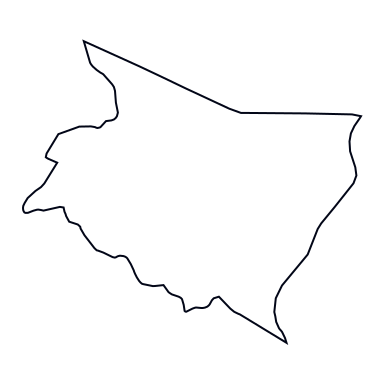 outline of Cartago
{"feature_id": "CRI-1327", "entity_name": "Cartago", "entity_type": "Province", "adm_level": 1, "iso_a3": "CRI", "parent_name": "Costa Rica", "parent_adm1": "", "projection": "albers", "projection_center": [-83.788, 9.802], "detail": "fine", "context": "isolated", "style": "outline", "palette": "ink", "viewbox_px": 384, "rotation_deg": 0, "n_neighbors": 0, "source": "natural_earth", "source_scale": "10m", "svg_char_len": 1861}
<svg xmlns="http://www.w3.org/2000/svg" viewBox="0 0 384 384"><path d="M97.3,128.0L99.0,127.7L100.4,127.2L106.0,121.1L111.4,120.4L113.9,119.5L115.6,118.1L116.9,116.3L117.9,112.6L115.9,102.6L115.0,90.9L113.9,87.0L112.2,84.4L103.3,74.3L102.4,73.7L100.4,72.6L96.6,69.9L92.8,66.5L91.1,64.4L90.1,62.7L83.8,41.2L139.5,66.4L159.0,75.6L185.7,88.4L229.3,108.7L240.9,112.9L305.0,113.4L352.0,114.4L361.0,116.2L359.9,118.0L354.4,126.0L350.9,133.4L349.5,141.4L350.1,151.3L355.3,167.3L356.4,175.5L353.5,183.3L334.6,207.1L321.2,223.4L317.7,229.0L307.7,254.5L282.0,285.5L275.8,298.2L274.3,312.0L275.3,316.3L276.2,321.9L278.9,328.0L279.7,329.2L281.1,330.7L282.1,332.0L285.0,338.0L286.5,342.8L239.7,314.3L238.5,313.9L234.2,311.8L230.3,308.6L218.9,296.7L213.7,298.3L211.9,300.3L209.7,304.3L209.0,305.2L208.2,305.9L207.4,306.6L206.4,307.0L205.3,307.5L204.0,307.8L202.7,308.0L201.2,308.0L196.0,307.5L194.7,307.8L192.5,308.6L186.3,311.7L185.4,311.6L184.6,310.9L183.7,304.9L182.3,300.1L181.9,299.0L180.7,297.8L178.7,296.7L171.9,294.4L169.7,293.0L168.5,292.1L163.5,285.1L155.0,286.0L152.9,286.1L143.1,284.1L141.9,283.7L140.5,282.5L139.1,280.9L136.8,277.3L135.0,273.7L134.1,271.6L133.8,270.5L130.8,264.1L127.4,258.5L126.7,257.7L125.4,256.8L123.6,256.1L120.0,255.7L118.2,256.1L116.9,256.7L115.9,257.3L114.8,257.6L112.6,257.1L103.4,252.6L98.0,250.6L96.7,250.3L94.4,248.1L84.5,235.3L80.6,228.6L80.4,227.7L80.2,226.7L77.8,224.5L69.2,221.7L66.2,216.2L65.5,213.9L64.5,211.7L63.6,207.5L59.9,206.9L43.5,210.6L40.9,210.0L38.3,209.6L37.0,209.7L33.4,210.7L28.0,212.8L26.7,212.9L25.4,212.9L24.4,212.4L23.8,211.5L23.3,210.4L23.1,209.2L23.0,207.8L23.3,205.8L24.7,202.9L27.7,198.0L35.5,190.9L41.0,187.1L44.3,183.5L57.2,162.7L48.3,158.8L46.6,157.8L45.8,157.2L46.6,153.5L58.4,134.1L78.8,126.8L79.2,126.6L90.9,126.4L95.0,127.1L96.0,127.6L97.3,128.0Z" fill="none" stroke="#020617" stroke-width="2"/></svg>